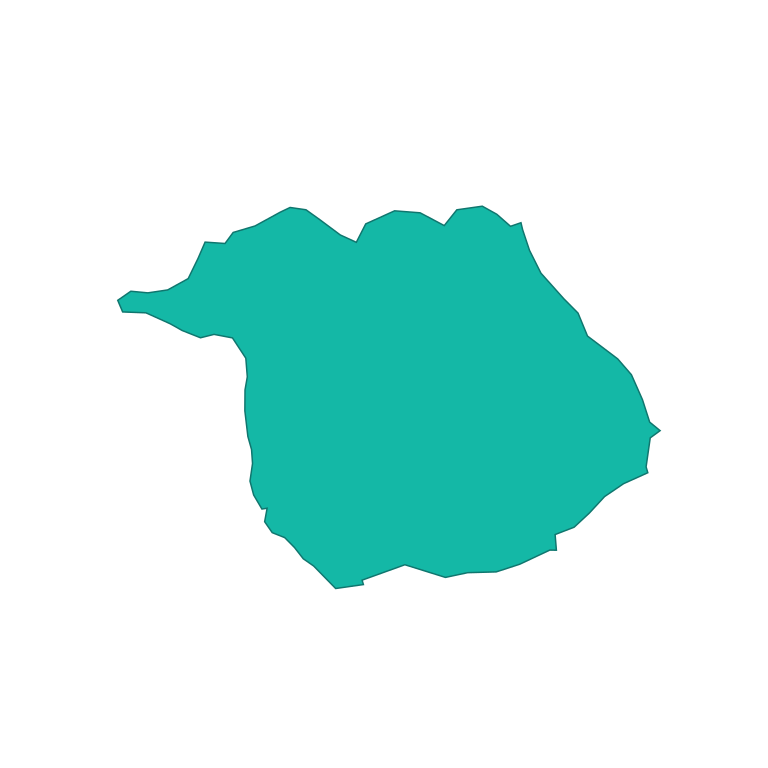 the district of Silikou, Limassol, Cyprus, rotated 116°
{"feature_id": "46923920B81520902942446", "entity_name": "Silikou", "entity_type": "district", "adm_level": 2, "iso_a3": "CYP", "parent_name": "Cyprus", "parent_adm1": "Limassol", "projection": "equal_earth", "projection_center": [32.888, 34.83], "detail": "fine", "context": "isolated", "style": "filled", "palette": "teal", "viewbox_px": 768, "rotation_deg": 116, "n_neighbors": 0, "source": "geoboundaries", "source_scale": "gbopen_adm2", "svg_char_len": 1179}
<svg xmlns="http://www.w3.org/2000/svg" viewBox="0 0 768 768"><g transform="rotate(116 384 384)"><path d="M457.8,156.2L444.3,164.2L429.3,150.3L409.8,142.8L388.5,136.4L368.6,125.0L348.1,108.0L343.6,112.1L315.7,121.1L304.9,115.4L301.8,128.5L284.8,144.8L267.2,165.7L259.0,184.9L251.7,222.1L235.2,240.7L228.5,259.9L215.6,291.5L200.1,311.8L184.6,327.0L179.0,331.6L186.8,339.4L182.0,357.0L181.1,373.6L195.5,394.9L215.2,399.3L214.3,426.6L223.7,450.4L248.1,470.6L268.8,471.0L269.2,488.6L264.6,512.9L261.6,530.5L266.5,545.8L275.2,552.7L298.5,569.2L313.9,586.0L327.4,588.5L334.9,607.0L352.6,606.2L364.2,606.2L375.1,606.2L394.3,619.7L405.6,636.2L411.6,652.2L425.5,660.0L427.7,657.5L433.8,650.5L424.4,629.2L423.6,602.5L423.9,596.7L424.4,588.9L422.9,569.2L413.9,558.5L409.0,540.4L421.4,519.5L437.5,510.0L450.3,506.3L469.1,497.3L490.9,483.3L501.0,474.3L513.1,467.3L530.0,461.9L540.9,452.5L549.9,438.9L546.9,434.6L560.1,430.9L562.0,427.5L566.6,419.3L565.6,405.9L570.2,392.8L576.5,379.9L578.4,367.5L583.0,354.6L589.0,337.8L573.3,314.6L569.9,317.7L537.3,286.0L530.9,244.0L516.9,226.1L503.7,200.8L486.5,183.0L460.6,162.2L457.8,156.2Z" fill="#14b8a6" stroke="#0f766e" stroke-width="1.5"/></g></svg>